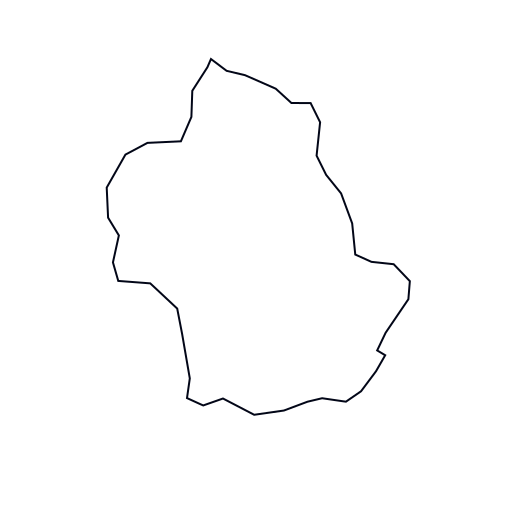 Fagersta, Västmanland, Sweden, rotated 37°
{"feature_id": "70781695B50955826038578", "entity_name": "Fagersta", "entity_type": "district", "adm_level": 2, "iso_a3": "SWE", "parent_name": "Sweden", "parent_adm1": "Västmanland", "projection": "albers", "projection_center": [15.915, 59.966], "detail": "fine", "context": "isolated", "style": "outline", "palette": "ink", "viewbox_px": 512, "rotation_deg": 37, "n_neighbors": 0, "source": "geoboundaries", "source_scale": "gbopen_adm2", "svg_char_len": 726}
<svg xmlns="http://www.w3.org/2000/svg" viewBox="0 0 512 512"><g transform="rotate(37 256 256)"><path d="M90.7,253.6L95.6,291.2L114.8,314.4L134.1,322.1L145.6,347.2L161.0,358.8L188.0,341.5L224.7,345.4L244.0,362.8L276.8,393.6L286.4,411.0L300.0,408.0L303.8,407.1L315.4,389.7L350.1,383.9L371.3,362.6L384.8,341.4L394.4,329.8L413.2,319.5L415.5,318.2L421.3,300.8L421.2,275.8L418.9,257.5L409.6,258.5L405.7,239.2L403.7,198.8L394.0,183.5L370.9,179.7L351.7,191.2L334.4,195.1L313.2,172.1L286.3,154.8L263.2,149.0L244.0,139.4L226.7,110.6L207.6,101.0L192.2,112.5L171.1,110.5L138.4,118.2L121.1,125.8L101.5,125.8L103.6,134.5L105.7,162.4L120.7,183.8L127.0,209.6L101.2,231.0L90.7,253.6Z" fill="none" stroke="#020617" stroke-width="2"/></g></svg>